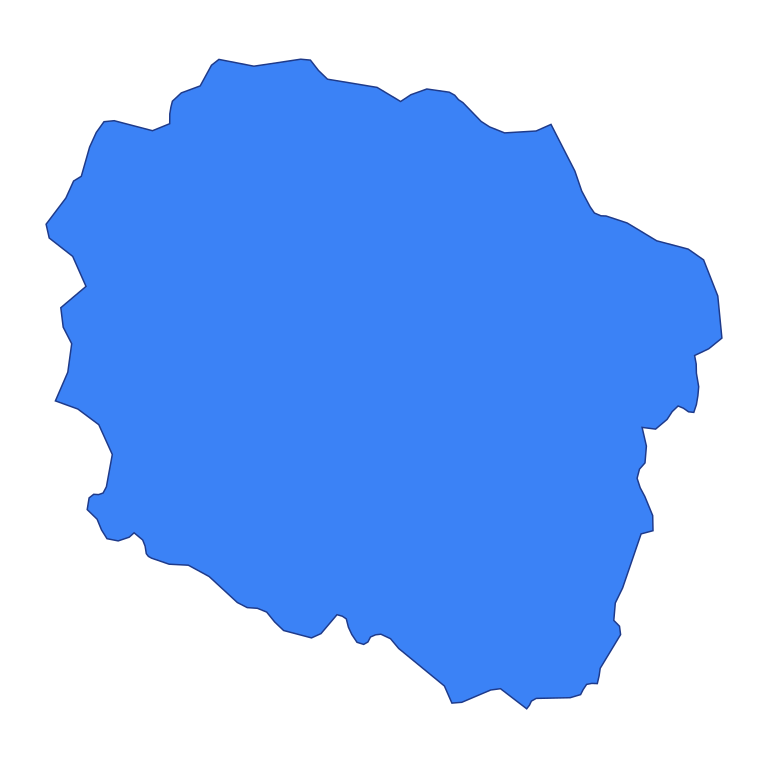 the Voivodeship of Kuyavian-Pomeranian
{"feature_id": "POL-3145", "entity_name": "Kuyavian-Pomeranian", "entity_type": "Voivodeship", "adm_level": 1, "iso_a3": "POL", "parent_name": "Poland", "parent_adm1": "", "projection": "mercator", "projection_center": [18.543, 52.987], "detail": "fine", "context": "isolated", "style": "filled", "palette": "blue", "viewbox_px": 768, "rotation_deg": 0, "n_neighbors": 0, "source": "natural_earth", "source_scale": "10m", "svg_char_len": 1848}
<svg xmlns="http://www.w3.org/2000/svg" viewBox="0 0 768 768"><path d="M721.9,338.1L708.7,348.8L694.6,355.5L696.2,364.1L696.4,373.2L698.7,386.7L697.9,395.7L696.4,404.6L693.8,412.4L688.5,411.8L683.4,408.2L678.1,406.0L672.2,411.6L667.1,419.4L655.6,429.1L642.1,427.4L646.4,446.1L645.0,462.9L639.5,469.1L637.1,478.3L640.2,487.8L644.8,496.4L652.7,515.6L653.0,530.7L641.1,533.9L622.6,588.0L615.3,603.0L613.8,620.4L619.5,626.2L620.6,634.6L600.2,668.3L599.1,675.9L597.3,683.6L591.8,683.4L586.6,684.4L583.2,689.5L580.6,694.6L570.2,697.7L536.2,698.4L531.4,701.1L529.4,705.3L526.7,708.8L500.5,688.7L490.7,690.0L461.8,702.3L451.9,703.1L444.4,686.0L398.7,648.5L390.5,638.7L380.9,634.2L375.6,634.8L370.5,637.0L367.9,642.0L363.7,644.4L357.0,642.3L351.8,634.5L348.4,627.2L346.3,618.9L342.3,616.2L337.0,614.7L321.0,633.6L311.5,637.9L283.6,630.5L274.7,622.0L266.7,612.1L257.4,608.3L247.2,607.6L237.3,602.5L209.1,576.5L188.3,565.2L169.1,564.2L151.6,558.2L148.4,556.4L146.3,553.7L145.1,546.1L142.7,540.0L134.1,532.8L129.2,537.2L118.2,540.9L107.0,538.7L101.5,529.9L97.1,519.2L87.2,509.6L89.1,497.9L93.7,494.3L98.6,494.6L103.1,493.0L106.4,486.8L112.3,454.5L98.8,424.7L77.8,409.0L55.4,400.9L67.8,372.2L71.7,343.7L63.2,327.2L60.8,307.7L86.0,286.4L72.7,256.4L49.2,238.0L46.1,224.2L65.9,198.0L73.6,181.0L81.3,176.3L89.6,147.1L96.3,132.4L104.0,121.7L114.2,120.7L152.5,130.7L169.7,123.7L169.8,113.9L170.9,107.2L172.4,101.2L181.3,92.9L200.2,85.9L211.5,65.2L218.9,59.4L253.9,66.2L300.7,59.2L310.4,60.1L318.5,70.5L327.5,79.2L377.1,87.4L400.6,101.5L410.9,94.7L426.8,89.0L449.3,92.2L454.7,95.2L458.5,99.7L462.9,102.6L481.1,121.4L489.6,126.9L504.6,132.9L536.1,131.0L551.0,124.4L574.9,171.1L581.7,191.0L590.1,206.8L594.4,213.0L600.9,215.8L606.1,216.0L627.2,223.0L656.7,240.8L688.2,249.1L703.6,259.9L717.8,296.0L721.9,338.1Z" fill="#3b82f6" stroke="#1e3a8a" stroke-width="1.5"/></svg>